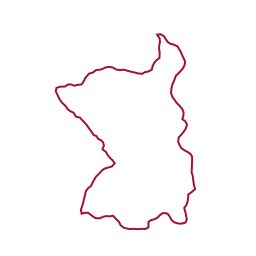 the district of Angelândia, Minas Gerais, Brazil, rotated 12°
{"feature_id": "56859067B14404112406063", "entity_name": "Angelândia", "entity_type": "district", "adm_level": 2, "iso_a3": "BRA", "parent_name": "Brazil", "parent_adm1": "Minas Gerais", "projection": "orthographic", "projection_center": [-42.284, -17.692], "detail": "fine", "context": "isolated", "style": "outline", "palette": "rose", "viewbox_px": 256, "rotation_deg": 12, "n_neighbors": 0, "source": "geoboundaries", "source_scale": "gbopen_adm2", "svg_char_len": 2142}
<svg xmlns="http://www.w3.org/2000/svg" viewBox="0 0 256 256"><g transform="rotate(12 128 128)"><path d="M155.2,225.4L159.6,224.7L162.5,223.7L166.0,223.2L168.7,220.8L167.5,215.7L169.6,213.3L172.6,211.9L175.3,209.8L177.3,206.6L180.0,203.8L184.4,203.5L187.1,205.8L189.8,209.0L192.6,210.6L196.3,211.0L200.1,210.5L203.9,208.6L204.5,205.0L203.2,202.1L201.8,198.7L199.6,194.5L201.0,191.6L201.5,188.3L201.5,184.2L200.7,180.6L203.5,177.5L206.3,173.9L204.6,170.4L203.2,167.0L202.1,163.7L201.0,160.7L199.4,158.2L198.8,153.9L198.0,149.6L197.4,145.7L196.4,142.3L194.4,140.3L190.9,139.0L187.4,137.9L183.9,136.3L181.9,133.8L179.9,131.0L179.5,126.8L181.9,122.8L183.5,119.5L184.7,116.3L185.0,112.2L182.6,109.5L179.4,108.1L179.6,104.4L179.1,101.1L177.6,98.7L174.6,96.1L170.2,93.2L168.1,91.1L165.5,89.0L162.9,85.1L162.2,80.0L162.5,75.6L163.3,71.9L164.0,67.0L167.1,62.2L169.1,58.8L170.2,55.0L170.1,51.2L168.2,48.6L166.0,45.7L163.5,42.3L161.5,40.0L159.2,37.7L154.9,36.9L151.9,36.8L149.2,35.8L146.5,33.3L143.9,30.6L140.3,29.5L137.1,30.6L140.2,33.6L141.3,36.7L141.4,40.1L141.7,43.4L143.3,47.7L144.2,53.0L141.3,56.4L139.9,59.6L139.2,62.5L139.1,66.1L136.1,68.6L133.0,69.8L130.5,72.1L126.1,72.5L121.0,72.3L116.4,72.2L111.9,71.8L107.8,73.1L104.5,73.3L101.0,72.1L97.4,72.0L93.7,73.3L91.4,75.1L89.0,76.6L84.6,78.1L82.0,81.1L78.5,83.0L75.8,88.1L74.7,92.4L73.5,95.1L70.5,96.0L66.6,97.8L63.4,97.2L60.2,98.0L57.9,100.5L53.4,101.6L49.7,103.6L49.7,107.1L52.2,110.3L54.8,113.8L58.0,116.8L61.9,119.2L65.4,122.3L68.1,123.6L71.7,124.4L74.5,127.6L78.9,127.9L83.1,130.8L86.9,133.6L89.4,136.0L93.0,139.1L95.6,141.8L98.8,142.5L101.2,145.0L104.2,145.5L106.6,147.2L108.1,150.1L107.5,154.1L111.3,155.9L114.0,158.9L116.5,160.9L119.8,162.9L122.3,165.2L120.2,169.0L116.2,171.1L113.4,172.7L111.3,175.0L109.5,178.2L107.1,181.8L105.7,185.4L104.8,188.5L103.9,192.4L101.2,195.6L99.9,198.7L99.9,203.2L99.7,207.4L99.7,210.8L99.4,214.0L98.9,217.8L100.5,221.5L103.3,220.0L106.6,219.2L110.6,221.1L114.9,222.9L119.3,222.2L122.0,220.0L125.2,218.7L128.9,218.1L131.7,216.9L134.8,219.2L138.5,221.5L141.2,224.8L144.9,226.5L150.4,226.5L155.2,225.4Z" fill="none" stroke="#9f1239" stroke-width="2"/></g></svg>